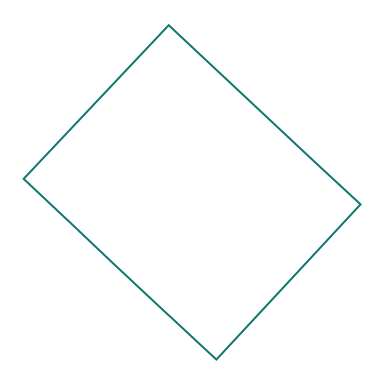 Faribault, Minnesota, United States of America, rotated 43°
{"feature_id": "52423323B73939682946429", "entity_name": "Faribault", "entity_type": "district", "adm_level": 2, "iso_a3": "USA", "parent_name": "United States of America", "parent_adm1": "Minnesota", "projection": "albers", "projection_center": [-93.868, 43.674], "detail": "fine", "context": "isolated", "style": "outline", "palette": "teal", "viewbox_px": 384, "rotation_deg": 43, "n_neighbors": 0, "source": "geoboundaries", "source_scale": "gbopen_adm2", "svg_char_len": 420}
<svg xmlns="http://www.w3.org/2000/svg" viewBox="0 0 384 384"><g transform="rotate(43 192 192)"><path d="M324.1,297.9L323.7,86.1L271.3,86.3L245.5,86.3L244.4,86.3L242.8,86.3L241.8,86.3L61.2,85.9L59.9,297.2L120.7,297.5L121.5,297.4L127.6,297.5L128.2,297.5L182.1,298.0L259.2,298.1L259.9,298.0L271.2,298.0L294.3,298.0L297.6,298.0L299.3,298.0L301.7,298.0L324.1,297.9Z" fill="none" stroke="#0f766e" stroke-width="2"/></g></svg>